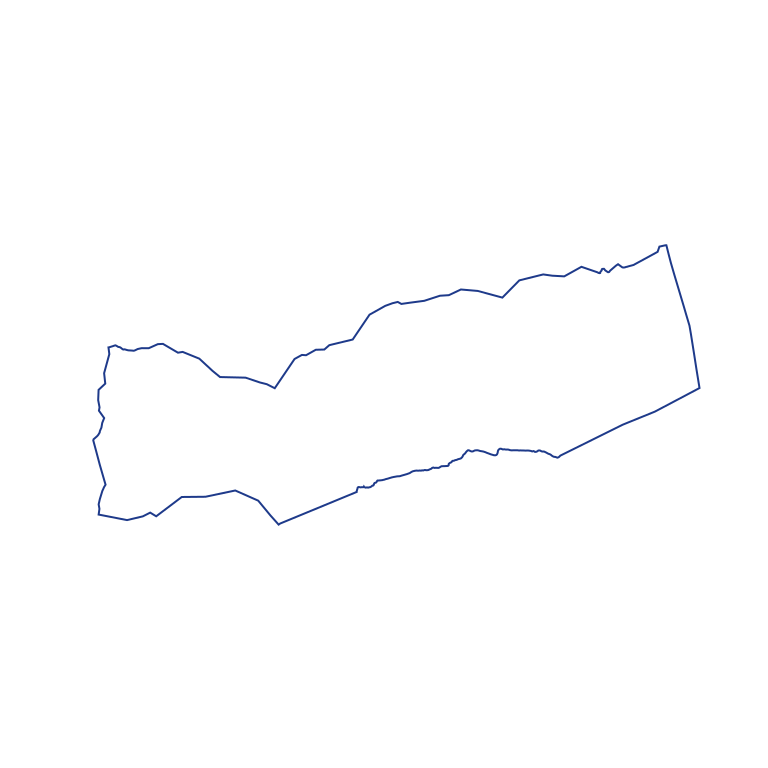 Bayan-O'ndor, Bayanhongor, Mongolia, rotated 250°
{"feature_id": "93677404B33284424031377", "entity_name": "Bayan-O'ndor", "entity_type": "district", "adm_level": 2, "iso_a3": "MNG", "parent_name": "Mongolia", "parent_adm1": "Bayanhongor", "projection": "mercator", "projection_center": [98.192, 43.835], "detail": "fine", "context": "isolated", "style": "outline", "palette": "blue", "viewbox_px": 768, "rotation_deg": 250, "n_neighbors": 0, "source": "geoboundaries", "source_scale": "gbopen_adm2", "svg_char_len": 6073}
<svg xmlns="http://www.w3.org/2000/svg" viewBox="0 0 768 768"><g transform="rotate(250 384 384)"><path d="M512.6,137.6L506.0,136.1L489.9,124.7L479.7,122.2L476.1,113.8L466.6,109.9L459.3,108.7L456.4,107.0L447.7,109.4L443.9,106.0L443.1,105.5L441.5,104.6L439.6,103.5L438.4,102.3L437.9,101.8L437.6,101.6L436.9,100.9L436.0,100.4L435.6,100.2L435.4,99.9L434.9,99.2L434.2,98.5L433.2,96.8L432.9,96.1L432.4,94.8L432.0,93.8L431.4,92.2L430.4,91.5L425.7,91.1L419.9,90.6L405.4,89.3L384.6,87.9L382.7,85.5L381.6,84.5L379.9,82.8L373.0,77.6L368.5,74.7L364.0,73.9L358.9,71.2L344.0,96.0L342.1,112.1L343.1,120.3L337.6,124.7L347.0,155.3L339.1,177.7L334.8,207.8L317.4,225.9L299.4,232.3L287.9,236.9L288.4,238.7L291.9,321.4L292.4,321.5L293.0,322.0L293.5,322.3L294.0,322.7L294.5,323.1L294.9,323.4L295.5,323.7L295.7,324.0L295.9,324.5L295.9,324.8L295.7,325.3L295.4,325.8L295.2,326.1L295.0,326.4L294.9,326.7L294.8,327.0L294.7,327.6L294.6,327.9L294.4,328.4L294.2,328.9L294.1,329.2L294.2,329.6L294.3,329.9L294.4,330.0L293.9,330.1L293.8,330.3L293.6,330.5L293.2,330.9L293.0,331.2L292.9,331.3L292.9,331.6L292.7,332.1L292.7,332.5L292.6,332.8L292.5,333.0L292.2,333.3L292.1,333.7L292.0,333.9L292.0,334.3L292.0,334.5L292.0,334.8L291.9,335.0L291.9,335.3L291.8,335.6L291.8,336.0L291.9,336.5L292.0,337.1L292.2,337.5L292.5,338.4L292.3,339.0L292.3,339.3L292.5,339.6L292.8,339.8L293.2,340.3L293.6,340.5L293.9,340.8L294.2,341.3L294.2,341.9L294.1,342.3L294.1,342.7L294.2,343.0L294.4,343.4L294.8,343.8L294.9,344.0L295.3,344.4L295.5,344.8L295.5,345.0L295.3,345.3L295.2,345.8L295.1,346.1L294.9,346.9L294.7,347.6L294.5,348.5L294.3,349.2L294.2,349.9L294.2,350.3L294.0,351.5L294.0,352.3L294.0,353.3L293.8,354.9L293.7,356.9L293.7,357.5L293.6,358.4L293.6,359.2L293.4,360.6L293.3,361.5L293.2,361.9L293.1,362.5L292.7,364.9L292.1,366.7L291.9,367.8L291.9,369.0L291.6,373.1L291.6,373.4L291.5,374.5L291.5,375.3L291.5,376.6L291.5,377.1L291.5,377.7L291.8,378.9L292.0,380.0L292.1,380.7L292.1,381.6L291.9,383.0L291.9,383.4L291.7,384.1L291.6,384.8L290.9,386.3L290.5,387.7L290.5,388.0L290.4,388.2L290.1,388.8L289.9,389.1L289.9,389.4L289.9,389.8L289.8,390.2L289.8,390.3L289.6,390.6L289.5,391.0L289.3,391.4L289.3,392.0L289.3,392.6L289.1,393.3L288.6,394.0L288.3,394.9L288.1,395.7L288.0,396.2L288.0,396.5L288.1,396.9L288.1,397.6L288.2,398.3L288.2,399.3L288.2,399.5L288.4,399.9L288.7,400.6L288.7,401.0L288.6,401.8L288.5,402.0L288.1,402.4L287.9,402.7L287.6,403.9L287.1,405.1L286.5,406.6L286.5,407.0L286.6,407.6L286.9,408.9L287.0,409.5L287.0,410.1L285.9,413.5L285.3,415.5L285.2,416.1L285.2,416.3L285.5,416.9L285.8,417.1L286.5,417.3L286.8,417.6L287.2,418.5L287.4,419.6L287.4,420.4L287.5,420.7L288.2,421.7L288.3,422.2L288.3,422.4L288.1,423.0L288.0,423.3L288.0,423.8L288.1,424.5L288.1,424.9L288.0,425.5L287.9,426.0L287.9,427.1L288.0,427.8L287.9,428.8L287.8,429.6L287.8,430.2L287.8,430.5L287.8,430.8L287.9,431.2L288.0,431.3L288.3,431.9L288.4,432.3L288.9,432.9L289.3,433.4L289.8,433.8L290.0,434.0L290.2,434.3L290.6,435.2L290.7,435.7L290.9,436.1L291.5,437.2L292.1,438.0L292.6,439.0L292.9,439.9L293.0,440.3L292.8,440.7L292.7,441.0L292.1,441.7L291.5,442.2L290.8,443.0L290.5,443.6L290.3,444.4L290.3,444.9L290.4,445.4L290.5,446.5L290.4,447.1L290.0,448.5L289.7,449.3L289.0,450.4L288.4,451.1L287.9,451.9L287.3,453.0L286.4,454.5L285.8,455.2L285.2,456.0L284.3,456.9L282.8,458.7L281.4,460.3L279.8,462.5L279.4,463.0L279.3,463.4L279.0,464.1L278.9,464.3L278.9,464.9L278.9,465.4L279.1,465.8L279.4,466.3L280.0,466.8L280.4,467.2L282.0,468.1L282.5,468.5L282.9,469.0L283.0,469.3L283.4,470.1L283.4,470.4L283.5,470.9L283.4,471.2L283.2,471.7L283.1,471.9L282.7,472.3L282.6,472.5L282.1,473.0L281.9,473.2L281.7,473.8L281.6,474.6L281.0,475.5L280.4,476.9L280.0,478.1L279.6,478.7L279.2,479.3L278.8,479.7L278.6,480.1L278.2,480.8L277.9,481.5L277.5,482.9L277.3,483.5L277.2,483.7L277.0,484.2L276.7,485.1L276.0,486.9L275.3,488.2L275.2,488.6L275.1,489.0L274.8,489.8L274.5,490.6L274.0,491.9L273.7,492.6L272.9,494.5L272.5,495.9L271.9,497.3L271.3,498.4L270.7,499.4L270.2,499.9L270.0,500.1L269.9,500.4L269.9,500.8L269.9,501.1L269.9,501.4L269.8,501.6L269.5,501.9L269.3,502.1L268.7,502.5L268.5,502.8L268.4,503.1L268.3,503.8L268.2,504.2L268.3,504.8L268.4,505.4L268.7,506.2L268.6,506.7L268.4,507.3L268.1,507.9L267.2,508.7L266.7,509.2L266.2,510.1L266.1,510.5L266.0,510.9L265.7,511.3L265.5,511.7L265.2,511.9L264.8,512.3L264.3,512.8L263.6,513.4L262.8,514.1L262.2,514.6L261.7,515.3L261.3,515.8L260.6,516.4L260.2,516.7L259.4,517.1L258.6,517.7L257.8,518.4L257.6,518.7L257.5,518.8L257.1,519.5L257.0,519.8L256.7,520.3L255.8,521.3L255.6,521.6L255.5,521.8L255.4,522.0L255.5,522.8L255.6,523.6L255.8,524.0L256.1,524.6L256.4,525.3L264.1,594.3L264.3,599.3L265.4,629.1L272.3,679.1L276.5,679.9L290.7,682.6L306.9,685.8L326.0,689.5L334.3,691.0L346.0,691.7L353.6,692.2L374.0,693.4L387.6,694.2L399.6,695.0L409.1,695.9L417.8,696.8L418.1,696.0L418.9,689.8L414.6,686.3L410.7,660.4L410.5,659.3L410.6,658.1L410.7,656.8L410.8,656.0L411.0,653.4L411.0,652.7L411.2,651.5L411.2,650.4L411.4,649.3L411.8,648.3L412.3,647.7L416.5,644.9L415.9,642.5L413.1,635.1L412.3,634.0L412.3,633.3L412.4,632.8L413.1,632.2L415.2,630.7L416.6,630.3L417.0,630.1L417.1,629.7L417.3,629.3L417.4,628.7L417.4,628.1L417.0,627.7L416.3,627.4L416.1,627.1L415.4,625.7L414.4,625.1L414.4,624.6L415.0,623.6L416.1,622.6L426.6,609.6L423.5,590.2L428.2,579.2L432.5,571.1L435.1,546.6L424.7,524.8L439.4,503.9L446.5,488.6L445.3,475.3L447.8,466.8L448.4,450.3L451.5,436.3L453.3,427.7L456.4,425.0L457.0,419.6L457.0,411.9L454.1,394.1L436.5,369.8L439.2,345.9L436.8,339.7L439.5,331.6L437.7,320.6L439.4,316.8L438.1,308.5L417.4,279.9L423.9,273.8L427.9,267.9L437.3,256.1L446.6,232.3L454.9,227.4L471.0,219.1L483.0,205.8L483.9,201.1L497.3,190.0L498.8,185.1L498.1,175.2L500.5,168.7L500.7,167.6L501.1,164.5L500.8,161.7L500.8,160.6L501.0,159.8L501.5,158.9L502.1,157.5L503.1,155.2L503.9,154.0L504.8,152.8L505.3,152.1L505.6,150.7L505.9,150.5L506.2,150.3L506.5,150.0L506.8,149.8L507.9,149.2L508.7,148.6L509.3,147.8L509.8,146.9L510.6,146.3L511.9,145.2L512.2,144.8L512.3,143.8L512.3,142.0L512.4,140.5L512.5,138.0L512.6,137.6Z" fill="none" stroke="#1e3a8a" stroke-width="2"/></g></svg>